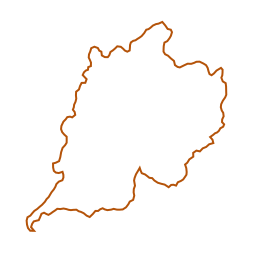 outline of Governador Lindenberg, Espírito Santo, Brazil, rotated 183°
{"feature_id": "56859067B32114864176214", "entity_name": "Governador Lindenberg", "entity_type": "district", "adm_level": 2, "iso_a3": "BRA", "parent_name": "Brazil", "parent_adm1": "Espírito Santo", "projection": "natural_earth1", "projection_center": [-40.489, -19.202], "detail": "fine", "context": "isolated", "style": "outline", "palette": "amber", "viewbox_px": 256, "rotation_deg": 183, "n_neighbors": 0, "source": "geoboundaries", "source_scale": "gbopen_adm2", "svg_char_len": 2971}
<svg xmlns="http://www.w3.org/2000/svg" viewBox="0 0 256 256"><g transform="rotate(183 128 128)"><path d="M90.4,228.4L93.6,229.0L96.1,232.3L99.3,235.7L103.0,233.8L105.5,233.2L108.5,231.6L110.7,229.4L112.7,227.8L114.9,227.1L116.8,223.6L119.2,220.5L121.3,218.8L123.2,217.5L125.1,216.0L127.4,215.3L129.6,213.6L130.3,211.0L130.3,208.3L130.4,205.5L132.7,204.2L135.2,205.2L137.0,206.9L139.4,208.7L143.0,209.0L145.2,206.6L147.2,204.7L149.5,203.0L150.5,199.7L151.9,197.7L154.9,197.6L157.9,199.1L158.6,202.8L160.7,203.7L162.3,206.3L165.8,207.4L168.9,205.8L169.7,202.4L170.8,199.5L170.9,196.3L169.7,194.1L168.4,191.4L168.3,187.9L170.9,186.7L171.0,184.1L173.1,183.2L174.9,181.3L176.0,178.5L171.9,174.6L173.0,170.9L176.7,170.6L178.1,167.4L179.0,163.9L181.7,161.5L181.7,157.9L181.2,154.6L181.8,151.4L183.0,148.5L183.2,145.8L184.0,143.4L182.1,141.2L181.4,138.3L184.3,135.7L186.5,136.3L189.2,135.7L190.6,133.5L192.8,131.0L194.6,126.6L194.8,123.4L193.5,120.4L191.3,118.1L188.8,116.1L188.6,112.7L188.5,110.1L189.9,107.6L192.3,104.7L193.5,100.3L194.1,95.3L195.1,91.3L198.4,89.5L201.0,88.7L200.7,84.6L199.8,81.3L197.7,79.7L194.8,79.4L191.1,80.8L190.1,77.9L189.9,75.2L190.8,72.4L194.3,70.8L196.6,68.2L197.4,65.6L198.8,62.9L201.1,59.7L203.6,54.9L205.6,52.7L207.1,50.0L209.8,46.8L212.4,44.4L214.4,42.4L217.2,40.3L219.1,37.9L220.9,35.4L223.7,33.6L224.4,30.3L223.8,26.2L222.6,22.8L220.3,20.3L216.4,20.4L219.6,23.9L218.7,27.3L217.2,29.8L214.7,30.6L212.3,31.3L211.1,34.4L209.9,37.8L207.4,39.0L205.1,37.9L202.9,37.1L200.8,38.5L198.6,40.3L196.8,41.6L194.4,43.6L191.4,43.5L188.2,44.2L185.3,43.8L183.0,43.2L180.7,43.0L178.4,43.4L175.2,43.7L172.9,42.3L170.7,41.8L167.8,40.6L164.7,38.3L161.6,37.1L158.6,40.3L156.2,43.5L153.5,43.6L151.5,45.4L149.1,46.5L147.0,45.5L144.3,44.9L140.5,45.6L138.1,46.5L134.9,45.9L132.1,46.0L129.0,46.4L125.8,48.7L123.7,51.8L122.4,54.6L119.1,56.5L118.2,60.8L119.0,64.0L119.0,67.4L118.0,70.7L119.2,75.9L118.8,78.4L117.6,82.2L115.7,85.8L114.2,88.8L113.2,86.2L111.9,83.6L108.5,82.5L106.0,80.8L104.1,79.4L101.2,79.2L99.0,77.0L95.4,74.9L91.7,74.0L88.4,73.4L84.3,71.0L81.9,73.4L79.6,73.7L77.0,73.0L75.4,76.4L72.4,77.9L70.2,79.5L68.5,82.2L67.2,84.4L67.1,87.1L67.7,91.0L69.1,94.5L67.0,96.4L65.1,99.9L61.3,102.8L61.6,106.6L58.5,109.0L55.0,108.4L52.3,111.6L48.9,113.2L46.1,116.0L42.0,117.4L43.0,120.7L45.5,123.3L42.7,125.5L40.8,127.3L38.8,128.2L37.1,129.9L35.8,132.5L33.0,134.3L32.2,136.7L34.4,138.8L34.4,141.5L33.1,144.7L33.7,148.1L35.3,150.4L36.4,153.6L36.2,156.6L34.7,160.2L32.6,163.6L31.6,166.3L31.9,170.2L32.2,174.4L32.8,177.9L35.8,179.5L37.4,183.1L36.6,185.5L36.5,188.2L36.6,191.2L38.3,192.9L42.6,190.0L45.1,186.9L47.3,185.1L49.4,186.1L50.5,188.7L51.6,192.2L53.3,194.8L56.0,196.3L60.0,198.0L63.2,197.7L65.4,196.5L68.2,195.4L71.9,195.3L75.1,193.6L79.4,191.2L81.7,191.6L84.4,193.3L85.6,197.4L88.8,199.7L91.8,202.3L94.8,203.6L96.5,206.1L96.6,208.8L96.6,211.7L96.1,215.2L93.3,216.8L91.2,219.9L90.0,222.3L89.1,226.0L90.4,228.4Z" fill="none" stroke="#b45309" stroke-width="2"/></g></svg>